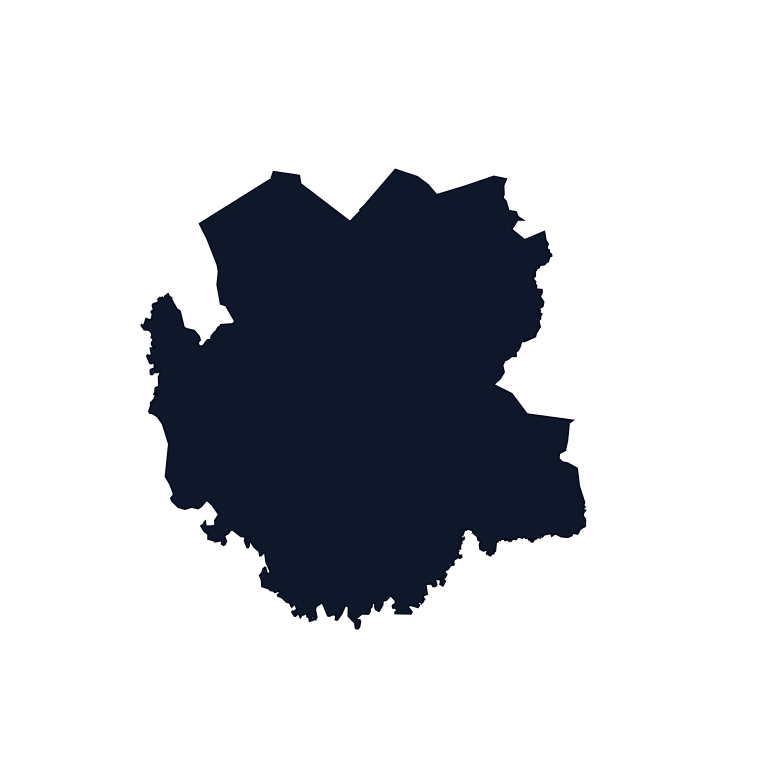 outline of Ķepovas pag., Dagdas, Latvia, rotated 43°
{"feature_id": "27541924B57766741495860", "entity_name": "Ķepovas pag.", "entity_type": "district", "adm_level": 2, "iso_a3": "LVA", "parent_name": "Latvia", "parent_adm1": "Dagdas", "projection": "mercator", "projection_center": [27.779, 56.018], "detail": "fine", "context": "isolated", "style": "filled", "palette": "ink", "viewbox_px": 768, "rotation_deg": 43, "n_neighbors": 0, "source": "geoboundaries", "source_scale": "gbopen_adm2", "svg_char_len": 6170}
<svg xmlns="http://www.w3.org/2000/svg" viewBox="0 0 768 768"><g transform="rotate(43 384 384)"><path d="M164.5,490.2L166.9,490.7L169.6,495.3L168.5,497.1L165.3,498.3L168.1,504.4L167.7,505.6L166.1,505.9L166.4,506.8L171.6,507.9L175.4,505.0L178.3,505.1L180.7,506.2L182.0,508.8L185.2,508.8L185.7,512.1L187.3,513.9L189.4,514.1L191.1,512.7L191.5,514.2L188.5,517.1L193.8,520.9L193.7,522.9L191.2,523.9L191.5,525.5L198.6,528.5L200.2,527.6L200.9,525.4L201.9,525.7L205.2,528.9L203.5,532.3L203.7,533.5L206.8,536.2L207.9,535.4L208.3,532.2L210.5,530.1L211.2,527.9L213.4,529.5L214.2,532.6L220.8,539.1L219.4,543.0L221.9,546.0L222.7,548.5L224.0,548.2L224.1,545.6L225.5,546.1L225.7,547.7L224.9,549.7L226.2,552.1L226.1,557.0L228.0,558.7L230.9,564.6L232.6,565.2L234.1,563.8L240.4,562.4L249.3,564.3L267.5,574.7L287.3,600.8L295.9,603.3L303.7,607.2L305.7,608.8L305.9,612.8L308.7,614.3L317.5,614.5L323.9,611.3L327.2,605.3L333.0,602.0L334.0,598.1L333.5,590.7L334.9,589.8L340.8,589.8L352.2,592.2L353.2,599.1L356.3,602.0L356.6,603.4L351.2,609.1L349.4,608.5L346.8,606.0L346.6,607.3L347.6,609.6L346.8,612.7L353.1,614.5L357.6,613.8L361.1,617.5L366.1,614.7L368.1,614.8L371.5,609.9L372.7,609.8L374.4,611.9L376.9,611.3L377.2,609.7L375.9,606.4L370.8,603.9L372.2,599.2L371.4,596.0L372.7,594.1L383.2,593.1L386.9,590.5L388.9,593.9L395.4,597.0L396.2,596.5L396.1,595.0L393.7,591.7L394.7,590.5L400.7,592.0L406.6,591.5L410.3,594.3L411.2,593.6L411.2,589.7L412.6,589.2L419.0,594.6L429.2,599.0L428.9,601.8L428.1,602.4L422.6,599.0L421.8,599.4L421.6,601.9L423.3,604.8L423.6,608.9L428.0,610.8L432.8,615.4L439.5,612.3L441.6,612.6L444.2,610.8L446.2,611.0L448.4,606.9L450.0,607.5L450.1,610.9L450.8,611.5L455.4,609.9L461.6,610.0L464.2,608.5L468.5,610.2L468.9,609.2L468.4,606.8L470.2,606.4L473.8,608.1L473.4,611.2L472.0,612.6L472.1,613.6L476.9,614.9L477.7,614.1L477.7,611.2L478.3,610.3L482.2,612.0L481.6,608.7L482.7,607.8L483.4,605.4L484.9,605.2L486.3,606.8L488.5,606.0L491.2,608.4L493.1,605.5L489.8,603.8L489.8,602.7L491.3,602.3L493.3,604.0L494.9,603.0L494.0,600.4L487.7,595.9L486.2,593.0L487.9,586.0L501.1,591.9L502.3,591.2L504.4,586.8L507.1,586.5L509.1,589.6L510.4,589.1L510.8,587.8L509.9,580.9L507.3,573.7L507.6,572.1L508.6,571.3L510.4,571.7L516.1,578.2L525.5,578.7L529.8,582.1L531.9,581.0L531.9,578.5L529.1,574.0L527.3,573.0L525.3,574.6L523.9,574.1L524.6,567.3L529.6,562.9L529.2,560.2L527.1,557.8L527.2,555.2L525.3,553.0L525.5,551.4L527.2,550.9L529.9,553.8L531.9,554.6L535.4,553.7L533.7,546.3L531.3,543.5L533.3,540.3L533.2,535.5L533.7,534.2L540.4,534.8L542.0,537.3L541.2,539.8L541.8,541.0L543.4,541.8L545.0,540.3L548.2,540.5L547.6,543.5L548.7,544.4L560.6,533.7L559.9,531.5L554.2,530.7L553.5,529.7L553.5,528.7L555.4,527.2L561.4,524.2L560.7,521.3L558.7,521.7L558.1,520.5L559.4,518.6L560.8,518.9L560.3,518.0L561.3,517.6L561.0,515.8L559.8,515.0L560.7,513.9L558.0,513.1L557.3,511.6L559.1,508.3L551.7,502.4L552.3,500.7L555.3,497.8L557.9,498.7L559.8,496.8L559.5,494.7L555.5,492.5L555.6,491.5L557.8,488.9L560.1,489.7L561.5,492.3L564.8,491.5L563.3,486.2L558.9,485.8L560.8,484.0L559.9,480.6L555.9,479.7L557.2,475.6L556.6,471.5L558.5,468.7L557.4,467.4L555.5,468.2L556.1,466.2L555.3,464.6L556.8,459.8L558.5,459.7L558.9,457.4L557.4,456.4L556.5,457.9L554.6,457.8L552.7,456.6L552.6,455.1L551.0,454.7L550.8,453.6L552.5,452.5L549.7,449.6L549.6,447.5L547.6,447.0L548.5,446.5L547.4,445.0L548.4,443.9L548.4,442.6L547.1,441.6L546.4,443.8L543.9,444.1L544.8,441.1L542.4,435.4L544.0,434.7L543.6,433.9L544.9,432.6L548.4,430.9L550.3,431.5L550.4,432.4L551.5,431.3L552.4,432.4L555.8,431.9L559.4,434.1L561.5,432.9L563.5,436.5L566.8,439.3L570.8,438.3L571.5,436.0L575.0,436.1L575.4,436.6L574.3,437.6L574.9,438.3L579.1,437.0L578.8,434.5L580.0,433.4L579.2,432.0L579.5,430.4L578.7,429.2L578.2,430.5L576.8,429.3L577.5,427.7L574.2,423.3L574.9,421.3L574.3,420.1L575.8,419.1L575.4,418.4L577.9,414.8L579.0,414.5L578.5,415.8L579.3,416.0L580.7,413.5L582.7,413.8L582.4,411.9L584.1,412.4L583.9,410.6L584.9,408.4L586.6,407.9L586.6,404.2L590.3,402.4L591.0,399.9L593.1,400.4L593.9,398.6L596.5,399.3L598.3,397.5L598.9,399.0L600.5,398.2L600.0,395.4L601.1,393.2L600.8,391.8L603.4,389.9L602.4,388.3L604.2,388.0L604.1,385.1L607.2,380.5L608.8,379.7L610.5,380.9L611.0,378.0L612.1,376.5L617.8,374.8L623.0,370.8L624.8,366.8L623.9,364.4L628.0,361.5L626.5,356.2L628.3,350.8L623.5,345.5L619.3,344.5L617.8,342.2L617.7,339.0L615.0,339.5L614.5,338.2L615.0,336.9L612.7,336.5L611.6,333.9L596.5,325.5L582.8,313.9L572.1,316.6L567.8,319.3L562.8,319.3L559.7,315.3L561.9,308.9L556.8,300.3L546.1,286.3L547.0,281.6L509.1,308.4L484.1,303.9L464.6,309.7L465.4,300.9L463.8,293.4L458.0,289.4L456.5,284.6L458.0,281.1L458.5,276.9L461.8,273.7L458.5,270.4L459.3,268.0L458.0,263.6L455.9,259.8L456.3,258.3L457.9,257.0L462.5,246.1L460.8,243.2L459.3,235.7L454.1,232.2L454.0,229.4L452.0,227.6L452.1,225.9L451.4,225.0L449.5,226.0L448.2,223.6L447.1,225.0L446.1,224.5L447.2,218.7L444.8,215.0L438.5,213.5L437.3,209.2L435.2,207.2L430.5,210.8L428.7,208.0L426.2,207.6L425.1,205.7L422.3,205.6L420.5,203.7L421.3,202.2L417.9,198.4L417.4,195.1L418.2,193.1L417.1,191.0L420.1,187.1L419.9,183.6L420.7,182.7L418.4,177.9L419.4,176.1L418.0,174.9L415.3,175.1L413.6,173.4L411.1,173.9L409.6,172.3L408.8,169.7L404.3,168.4L397.3,163.0L388.5,182.6L372.0,183.8L369.9,172.9L374.1,169.1L367.9,170.2L363.2,168.0L357.0,172.1L348.6,167.1L343.9,166.7L342.5,163.5L336.1,157.2L333.7,150.5L322.7,157.2L308.4,183.9L293.4,209.7L280.4,208.2L267.2,209.6L245.9,219.3L247.8,266.1L247.5,273.0L248.6,273.1L248.4,288.3L186.5,294.4L179.9,289.2L158.3,304.1L161.5,311.1L139.7,392.6L155.1,398.2L180.9,410.6L186.5,414.9L194.2,425.2L209.9,436.9L214.8,434.6L232.0,439.8L232.4,443.1L224.1,452.0L224.8,452.8L224.0,455.8L225.1,460.8L224.6,461.4L225.0,466.6L226.8,469.8L224.7,472.1L225.5,479.8L222.9,482.3L219.7,480.4L219.7,477.2L216.3,475.2L208.7,474.3L201.8,478.3L198.9,478.8L185.2,469.8L181.1,470.3L171.2,467.1L169.9,465.7L167.4,466.4L164.7,465.2L164.1,465.9L164.6,467.5L163.7,468.5L164.4,471.1L163.9,472.1L162.7,471.7L162.4,473.1L161.2,473.5L161.8,474.4L160.7,474.9L160.9,476.4L162.6,477.0L162.7,479.0L160.6,482.5L161.2,482.8L160.7,483.7L161.1,484.7L165.4,487.1L164.3,488.2L164.5,490.2Z" fill="#0f172a" stroke="#020617" stroke-width="1.5"/></g></svg>